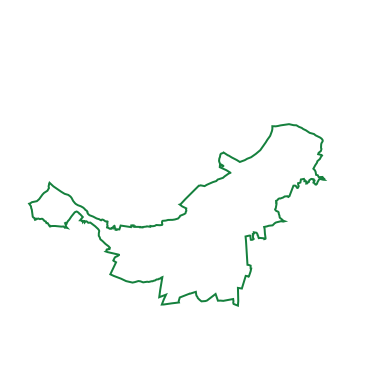 Bozieni, Neamt, Romania (Robinson projection), rotated 133°
{"feature_id": "2599482B32381271441221", "entity_name": "Bozieni", "entity_type": "district", "adm_level": 2, "iso_a3": "ROU", "parent_name": "Romania", "parent_adm1": "Neamt", "projection": "robinson", "projection_center": [27.175, 46.823], "detail": "fine", "context": "isolated", "style": "outline", "palette": "green", "viewbox_px": 384, "rotation_deg": 133, "n_neighbors": 0, "source": "geoboundaries", "source_scale": "gbopen_adm2", "svg_char_len": 6053}
<svg xmlns="http://www.w3.org/2000/svg" viewBox="0 0 384 384"><g transform="rotate(133 192 192)"><path d="M311.6,303.1L312.3,300.0L313.5,298.5L314.1,297.2L318.7,291.6L318.8,290.8L318.6,289.7L319.4,287.8L318.3,287.3L318.0,287.9L317.8,287.9L317.6,287.1L316.3,286.4L315.6,284.8L313.9,283.5L313.7,283.1L313.6,282.6L313.7,281.9L313.6,281.3L313.8,280.7L313.8,280.1L313.3,278.7L313.8,277.9L314.0,277.2L313.4,276.7L313.2,276.1L313.8,274.2L313.5,273.0L314.1,272.8L314.1,272.3L312.8,271.6L312.2,271.0L310.2,268.9L306.3,263.8L305.3,262.9L304.8,262.3L304.8,260.5L304.1,260.1L303.4,258.8L303.3,260.1L302.1,262.3L301.7,262.5L301.3,262.0L301.1,262.0L301.2,262.7L301.0,263.1L301.4,263.3L301.3,263.6L300.7,263.4L299.9,262.5L297.7,262.9L295.9,262.9L292.3,263.5L286.8,263.9L285.1,263.2L284.8,262.7L284.6,261.7L284.5,260.4L284.7,259.8L284.5,258.8L284.8,254.8L289.0,254.5L288.3,253.6L288.4,252.9L287.8,252.4L288.3,251.6L287.9,251.7L287.0,251.3L286.7,251.0L287.3,250.3L287.6,249.7L286.1,249.8L285.4,249.2L285.2,248.0L285.4,247.5L285.1,246.7L283.7,245.5L283.1,239.6L283.1,235.5L283.3,234.5L283.5,233.7L284.0,233.1L285.6,232.1L287.6,230.3L288.0,228.8L289.1,226.7L288.9,224.2L289.0,219.9L288.6,215.9L288.8,214.0L290.0,213.4L290.2,213.6L290.1,214.2L291.3,214.3L291.8,215.0L292.4,215.1L293.5,214.3L294.3,214.5L293.5,212.7L287.8,202.9L287.7,202.6L287.9,202.4L289.8,202.8L291.5,203.6L292.5,203.8L295.8,202.8L295.8,202.4L295.2,199.6L307.9,195.6L306.7,191.9L303.8,184.8L302.1,179.4L298.8,173.7L296.8,172.3L293.7,170.5L292.5,168.8L291.4,166.1L288.2,163.6L287.3,162.3L284.7,160.6L284.1,159.9L283.2,159.6L281.9,158.7L280.2,158.3L278.7,157.0L277.8,156.9L277.3,156.3L275.6,156.1L274.5,155.6L285.1,148.6L291.3,144.2L284.8,141.0L289.9,139.3L294.9,137.3L293.5,135.9L287.4,131.0L281.7,126.2L281.3,126.9L280.7,127.4L277.5,129.0L267.9,124.4L267.9,124.2L262.4,121.1L264.5,118.5L264.8,117.9L265.0,116.7L265.6,115.4L265.7,112.9L265.5,110.5L262.6,107.8L261.1,107.0L250.5,105.2L253.8,98.9L252.0,97.1L250.3,94.9L242.2,88.9L243.6,87.2L244.9,86.3L245.5,85.2L243.8,80.9L240.2,83.8L230.8,93.0L228.6,89.7L216.7,95.5L215.4,93.6L215.5,93.0L215.0,92.8L210.1,95.0L207.6,96.5L207.9,97.0L205.9,98.9L206.6,100.6L207.4,101.8L190.9,119.2L188.0,122.5L184.7,120.3L184.2,119.6L186.8,116.4L186.1,115.5L185.1,115.0L184.5,115.3L184.2,115.1L184.0,115.9L182.1,118.1L181.7,118.0L181.1,118.9L180.1,118.4L179.3,119.3L177.8,117.0L178.3,115.1L178.9,114.5L179.2,113.3L179.8,112.6L180.2,111.7L179.1,110.8L176.9,107.9L176.9,107.5L177.2,107.0L176.2,106.4L175.7,106.6L172.6,110.4L169.4,113.8L168.4,115.4L166.1,113.8L164.3,112.8L161.4,110.3L158.6,110.2L157.0,109.8L152.7,107.0L151.4,105.1L150.2,104.3L150.8,105.7L150.7,106.9L150.9,110.2L150.6,110.8L149.6,112.0L148.8,113.6L147.8,114.8L147.7,115.6L148.4,117.6L148.2,119.2L148.0,119.4L146.7,119.7L143.0,122.1L142.3,122.8L142.6,123.0L141.1,124.5L140.0,124.0L138.0,124.1L137.1,123.7L136.6,123.0L133.9,121.6L132.1,121.2L129.8,119.1L129.7,118.8L130.0,118.3L129.9,118.1L129.0,118.1L128.6,117.9L118.2,122.1L117.1,121.1L116.8,120.1L117.3,118.0L117.1,117.6L116.7,117.4L115.0,117.9L114.1,119.5L113.2,120.4L111.9,119.5L111.1,119.2L108.6,120.9L106.1,119.1L106.5,118.4L106.3,117.8L106.4,117.6L107.4,117.1L106.3,115.7L107.9,114.2L107.1,113.6L105.5,113.8L105.0,113.4L103.5,114.2L101.4,113.8L100.8,113.4L99.8,111.8L100.4,111.3L99.9,110.5L100.0,110.2L100.3,110.0L101.2,110.1L102.3,109.6L102.0,108.7L102.3,108.0L102.1,107.3L102.3,106.8L102.0,106.3L100.6,106.2L99.6,106.8L96.4,107.6L95.6,107.5L95.1,107.2L93.6,104.5L92.7,103.4L92.7,103.9L92.2,104.2L92.3,105.0L92.2,105.9L92.6,106.7L92.2,107.0L94.7,109.4L94.5,110.0L94.0,111.5L94.8,112.9L92.8,115.6L92.3,117.1L92.2,119.1L88.4,120.1L85.2,120.6L84.1,121.3L80.5,121.0L78.6,121.6L76.6,121.8L76.6,122.5L78.3,125.5L77.0,126.1L74.2,125.7L73.5,126.0L72.2,126.7L71.9,127.5L71.1,128.3L68.8,130.2L67.9,130.6L65.9,131.0L65.0,131.7L64.6,133.5L64.8,135.4L66.3,140.3L66.4,142.3L68.5,146.3L69.2,150.8L70.1,153.6L70.3,155.5L71.4,158.2L72.0,161.1L73.8,163.2L76.2,167.3L82.8,172.6L85.3,174.3L86.8,175.5L89.1,178.1L91.1,176.2L92.9,175.1L97.7,173.1L102.5,172.5L105.4,171.9L114.8,170.6L120.6,171.3L126.3,172.5L130.0,174.3L132.7,175.1L137.4,177.5L138.1,181.1L139.6,186.4L140.4,190.3L140.7,190.7L141.6,195.9L142.6,196.0L143.8,196.8L144.7,196.9L145.2,196.8L147.4,195.4L148.8,194.9L150.6,193.6L151.2,192.9L152.4,190.5L151.9,189.1L151.5,187.0L151.7,186.8L152.1,186.9L152.5,188.5L153.5,189.7L154.9,188.6L152.6,181.7L151.7,177.1L151.8,177.0L153.6,177.8L158.4,178.8L160.5,179.0L165.4,181.7L167.4,181.7L170.4,183.4L174.3,185.1L176.7,186.1L179.1,186.8L181.3,190.3L182.2,190.7L182.7,191.3L201.7,192.0L208.8,192.0L209.5,192.4L209.2,189.3L207.9,185.0L208.9,184.4L209.6,183.3L210.8,183.0L211.6,182.4L212.2,182.3L213.7,182.7L217.4,184.4L218.6,184.1L220.9,184.1L223.8,185.8L225.7,187.3L228.7,190.4L230.8,191.7L233.1,193.8L233.4,193.9L234.0,193.7L234.8,193.1L236.1,191.5L236.6,191.5L238.2,192.8L240.5,195.6L242.1,196.1L243.2,196.9L244.3,197.9L245.2,199.3L245.9,198.8L247.9,201.6L248.3,201.7L251.3,204.2L251.6,204.0L253.2,205.9L252.9,206.1L256.7,210.3L256.2,210.6L257.1,211.5L256.3,212.0L256.8,212.6L257.0,212.4L257.9,213.6L259.3,212.7L265.2,221.3L268.9,219.6L270.3,221.3L270.9,221.1L271.2,221.3L271.8,222.2L270.9,223.3L271.1,223.6L270.6,224.5L271.0,224.5L270.2,225.3L269.9,225.1L269.7,225.3L269.7,225.7L271.0,225.9L271.5,225.4L272.1,225.4L272.9,226.1L273.4,225.7L274.3,226.2L274.5,227.0L275.0,227.2L275.2,228.0L275.2,228.8L275.9,229.7L275.8,230.1L274.3,230.7L273.7,231.8L272.5,232.6L272.2,233.1L271.3,233.4L271.2,233.7L271.5,234.2L272.5,235.2L272.7,237.1L273.1,238.5L273.6,239.0L274.6,239.1L274.8,239.4L275.2,241.3L276.4,243.7L277.4,247.5L278.9,251.2L278.9,253.2L278.7,253.5L278.5,254.4L277.9,254.7L277.5,256.3L277.8,257.7L277.6,258.9L277.6,260.8L278.2,263.4L279.5,266.5L280.0,268.9L280.0,269.9L279.6,272.8L278.5,275.9L278.2,277.7L278.5,280.5L280.2,283.9L281.0,287.8L282.4,297.2L282.4,302.5L283.7,302.0L284.1,301.6L285.6,300.8L286.7,299.3L289.7,298.6L293.6,299.6L295.9,299.6L301.4,298.9L304.5,299.2L308.6,302.1L310.7,302.6L311.6,303.1Z" fill="none" stroke="#15803d" stroke-width="2"/></g></svg>